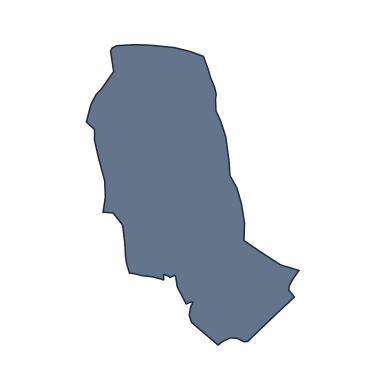 the district of As Salam - WK, South Kordufan, Sudan, rotated 351°
{"feature_id": "16777658B70273794752269", "entity_name": "As Salam - WK", "entity_type": "district", "adm_level": 2, "iso_a3": "SDN", "parent_name": "Sudan", "parent_adm1": "South Kordufan", "projection": "mercator", "projection_center": [28.195, 11.292], "detail": "fine", "context": "isolated", "style": "filled", "palette": "slate", "viewbox_px": 384, "rotation_deg": 351, "n_neighbors": 0, "source": "geoboundaries", "source_scale": "gbopen_adm2", "svg_char_len": 1134}
<svg xmlns="http://www.w3.org/2000/svg" viewBox="0 0 384 384"><g transform="rotate(351 192 192)"><path d="M117.5,262.2L122.1,263.6L130.5,267.2L139.7,269.6L148.8,273.6L149.7,274.4L150.5,273.9L150.7,271.2L150.9,269.6L151.5,269.1L156.2,271.9L156.9,273.0L161.6,271.7L162.6,272.5L162.6,283.3L168.7,301.7L174.5,300.4L175.5,301.2L172.8,305.0L171.9,307.6L169.9,313.3L171.1,320.7L193.7,347.2L199.3,344.3L207.1,342.1L213.9,343.7L220.1,348.1L223.6,348.3L255.2,326.3L270.9,315.7L276.7,311.7L272.2,303.8L273.5,299.7L278.1,293.7L285.4,286.3L268.0,277.8L248.6,260.3L235.8,248.1L239.0,231.1L239.0,211.5L237.1,195.5L232.1,181.6L233.4,167.5L234.0,142.8L231.3,125.9L228.4,115.9L229.7,104.4L231.2,99.4L230.7,92.3L228.3,82.1L226.8,71.3L225.8,66.4L224.5,59.9L212.1,52.9L197.5,46.7L177.1,41.3L170.4,39.8L163.8,38.5L158.4,37.5L140.5,35.7L135.7,37.2L133.6,40.0L133.5,60.8L118.7,76.0L112.5,80.8L108.6,85.9L105.4,90.7L98.6,106.4L102.8,111.7L105.5,115.1L103.8,125.5L105.0,143.9L107.5,167.4L105.6,183.5L101.0,198.0L110.9,200.4L118.3,213.9L117.6,232.5L116.3,244.8L116.2,251.2L116.5,254.4L117.5,262.2Z" fill="#64748b" stroke="#1e293b" stroke-width="1.5"/></g></svg>